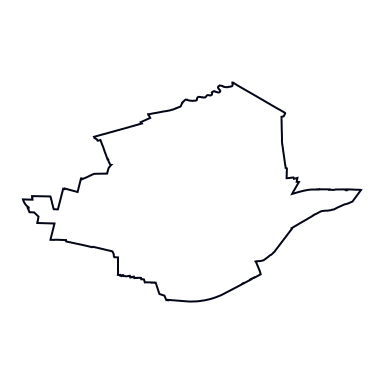 Bodegraven-Reeuwijk, Zuid-Holland, Netherlands
{"feature_id": "6326949B27886960256598", "entity_name": "Bodegraven-Reeuwijk", "entity_type": "district", "adm_level": 2, "iso_a3": "NLD", "parent_name": "Netherlands", "parent_adm1": "Zuid-Holland", "projection": "robinson", "projection_center": [4.773, 52.068], "detail": "fine", "context": "isolated", "style": "outline", "palette": "ink", "viewbox_px": 384, "rotation_deg": 0, "n_neighbors": 0, "source": "geoboundaries", "source_scale": "gbopen_adm2", "svg_char_len": 5585}
<svg xmlns="http://www.w3.org/2000/svg" viewBox="0 0 384 384"><path d="M361.0,190.0L360.2,189.8L355.7,189.7L349.1,189.4L346.2,189.4L346.8,190.3L346.4,190.4L344.7,189.6L343.6,189.4L335.7,189.5L333.8,189.9L331.8,189.9L329.9,189.6L329.7,189.7L329.6,189.4L328.8,189.8L328.5,189.4L325.4,189.3L322.4,189.3L319.1,189.4L319.1,189.2L318.7,189.3L317.6,189.3L317.7,189.5L311.8,189.5L308.1,189.9L303.8,190.7L299.1,191.9L292.2,193.9L293.7,190.9L294.3,190.0L298.9,182.0L296.7,181.8L297.3,178.4L297.4,177.9L295.2,178.5L293.9,178.8L293.5,177.5L291.2,177.7L289.6,178.0L288.4,178.1L287.0,178.2L286.6,178.2L286.9,168.4L286.2,168.1L285.6,167.9L285.6,167.0L285.1,164.2L282.4,145.1L282.2,144.0L281.9,140.6L282.0,139.4L281.9,133.8L281.8,131.8L281.5,116.8L283.6,116.4L284.5,114.8L285.1,113.4L285.2,113.2L285.0,112.9L284.7,112.7L279.8,109.8L278.2,109.0L273.4,106.2L256.4,96.3L237.8,85.6L237.5,85.4L233.9,83.1L232.9,82.5L232.4,82.5L232.4,83.2L232.6,83.3L232.6,83.7L232.6,84.0L232.8,84.0L232.6,84.6L232.6,85.0L232.4,85.6L232.2,86.0L231.5,86.4L231.0,86.4L230.0,86.7L229.7,86.8L229.3,86.8L228.6,86.8L227.7,87.2L227.4,87.1L226.4,87.2L226.2,87.1L225.3,87.1L225.1,87.1L224.2,86.9L223.6,86.5L223.1,86.3L223.1,86.5L222.6,86.3L222.4,86.0L221.8,85.8L220.3,85.6L219.8,85.7L219.6,85.6L219.5,85.8L218.5,86.3L218.1,87.2L218.0,87.3L218.0,87.6L218.3,88.2L218.5,88.6L219.9,90.2L220.3,91.0L220.2,91.3L219.9,91.7L219.8,91.8L219.6,92.2L219.4,92.3L218.8,92.5L218.3,92.5L216.1,91.9L216.0,91.7L216.0,91.8L214.9,91.4L214.9,91.5L214.6,91.4L214.6,91.5L214.0,91.3L212.6,91.7L212.1,92.2L212.3,92.3L212.1,93.3L212.0,94.3L211.7,94.7L211.7,94.8L211.4,94.9L210.9,95.3L210.3,95.5L209.9,95.3L209.1,95.3L208.1,95.1L207.6,95.1L206.8,95.6L205.8,96.9L205.2,97.4L204.4,97.4L204.0,97.5L203.7,97.5L203.4,97.5L202.8,97.4L202.6,97.2L202.4,97.2L202.2,97.3L201.4,97.3L200.7,97.0L198.8,96.9L198.4,96.9L198.1,97.1L197.6,97.4L197.2,98.0L197.0,98.3L197.0,98.9L197.0,99.0L196.9,99.9L196.8,100.0L196.6,100.0L196.2,100.5L194.9,100.7L193.9,100.7L192.2,100.9L191.6,100.8L189.1,100.5L187.5,100.0L187.4,99.9L187.3,100.0L186.3,99.7L185.6,99.7L185.0,100.0L184.6,100.4L183.2,101.7L183.3,101.7L182.0,103.4L181.6,104.3L180.8,106.1L180.5,106.5L180.1,106.8L179.4,106.9L178.3,107.4L176.8,108.0L176.6,108.0L176.0,108.4L175.9,108.3L175.4,108.5L175.5,108.5L174.3,109.0L173.0,109.6L172.5,109.7L172.2,109.6L171.5,109.8L170.8,110.2L166.2,111.1L163.4,111.5L156.2,112.9L154.1,113.2L149.1,114.2L148.5,114.2L148.1,114.2L148.1,114.3L148.5,115.1L149.1,115.8L149.7,116.9L149.8,117.1L150.2,117.9L140.7,122.2L141.8,123.5L118.4,130.1L94.0,136.8L94.5,137.8L94.5,138.0L94.9,138.1L95.3,138.4L97.1,139.6L97.6,140.7L97.9,140.7L100.4,140.0L101.7,143.4L102.0,144.3L102.4,145.2L103.1,146.8L104.6,151.4L106.2,155.5L106.6,156.8L107.3,158.7L107.4,159.0L107.8,158.9L107.9,159.5L108.1,159.7L107.9,159.8L109.8,163.8L110.7,165.0L111.1,165.0L110.6,165.5L110.0,166.2L109.5,167.0L108.9,167.6L108.6,168.1L108.1,169.8L107.5,172.0L107.1,173.6L94.3,173.8L92.2,174.6L91.1,175.2L89.9,175.7L87.0,177.2L86.0,177.5L84.8,178.1L82.0,179.2L81.5,179.5L81.5,179.2L81.2,179.2L81.4,178.4L81.0,178.4L77.6,192.0L64.7,188.5L64.5,189.1L63.2,188.7L58.8,205.9L57.9,209.4L53.7,209.2L53.0,206.6L52.6,204.8L52.2,203.6L51.6,200.7L51.2,199.5L51.1,199.1L51.1,198.7L51.0,198.4L50.6,197.0L50.4,196.5L48.5,196.4L32.1,196.1L32.1,197.4L32.4,197.4L32.3,198.3L32.4,199.0L32.5,199.2L32.5,199.7L23.0,199.4L23.2,200.1L24.0,202.2L25.7,204.7L26.1,205.3L27.4,206.4L28.7,207.4L28.6,208.3L27.8,208.3L28.8,210.4L29.3,211.6L29.5,212.2L34.1,212.4L38.5,216.6L37.9,220.1L37.7,221.3L37.5,221.5L37.4,222.0L37.3,223.0L54.5,223.5L50.7,238.7L50.5,239.8L54.2,239.9L55.7,239.7L66.0,240.1L66.0,240.6L66.1,240.9L66.0,241.0L66.3,241.5L84.1,245.3L89.2,246.5L91.9,247.2L92.0,247.2L92.4,247.1L92.9,246.8L98.3,248.0L112.1,251.3L112.3,251.4L112.9,252.4L113.7,254.1L113.8,254.6L113.8,256.0L114.3,257.2L118.0,257.4L118.0,270.7L118.1,271.4L118.0,273.7L118.0,274.3L117.9,274.9L119.3,275.0L120.0,274.9L120.1,275.7L120.5,275.8L121.1,275.4L121.8,275.3L121.7,275.4L121.8,275.9L122.0,275.8L123.7,276.0L123.8,276.1L125.7,276.2L126.5,276.3L129.1,275.9L129.1,276.0L129.9,275.9L130.2,277.3L131.1,277.1L131.1,277.4L132.3,277.2L132.2,276.9L133.9,276.6L134.3,278.1L135.1,278.0L135.5,278.0L135.4,277.9L138.7,277.8L140.0,277.9L141.0,277.9L141.3,279.3L142.8,279.2L143.6,279.5L144.0,279.5L144.8,282.4L145.5,282.3L148.5,282.4L149.2,282.3L150.8,282.5L151.7,282.4L151.8,282.7L154.2,282.5L154.3,282.8L155.2,282.8L155.3,282.8L155.7,282.7L159.4,294.0L164.4,295.6L166.3,300.1L167.3,300.2L167.1,299.8L186.0,301.3L188.9,301.5L192.2,301.5L196.0,301.4L198.5,301.2L201.3,300.8L204.7,300.3L208.9,299.4L211.9,298.6L215.5,297.4L218.1,296.4L221.3,295.1L224.6,293.4L242.3,284.1L242.2,283.8L243.4,283.1L243.6,283.4L250.1,280.0L250.0,279.7L250.4,279.4L250.6,279.7L251.3,279.3L251.1,279.0L251.5,278.8L252.7,278.3L252.7,278.2L254.3,277.4L254.4,277.7L260.7,274.3L259.8,271.1L256.2,262.4L255.9,261.9L255.6,261.5L256.5,261.3L260.7,261.0L262.3,260.6L263.7,260.2L266.8,257.9L268.4,256.7L270.0,255.3L270.4,255.1L271.0,254.9L272.2,253.9L274.9,251.3L275.4,250.4L277.5,247.7L287.3,234.8L290.3,230.9L291.5,229.3L291.5,229.1L291.9,228.8L292.0,228.7L292.0,228.4L291.7,228.1L300.4,223.0L302.5,221.8L305.1,220.3L306.9,219.3L307.8,218.7L311.6,216.5L313.5,215.3L313.4,215.2L315.3,214.1L315.6,214.1L315.9,214.0L317.6,213.1L318.9,212.4L319.9,211.9L321.1,211.3L322.6,211.0L324.1,210.8L325.6,210.7L327.1,210.7L329.3,210.4L330.6,210.2L332.6,209.6L333.7,209.5L334.2,209.3L335.4,208.7L337.2,207.7L344.3,204.5L344.7,204.3L345.7,204.2L347.7,203.6L349.6,202.8L352.5,201.5L361.0,190.0Z" fill="none" stroke="#020617" stroke-width="2"/></svg>